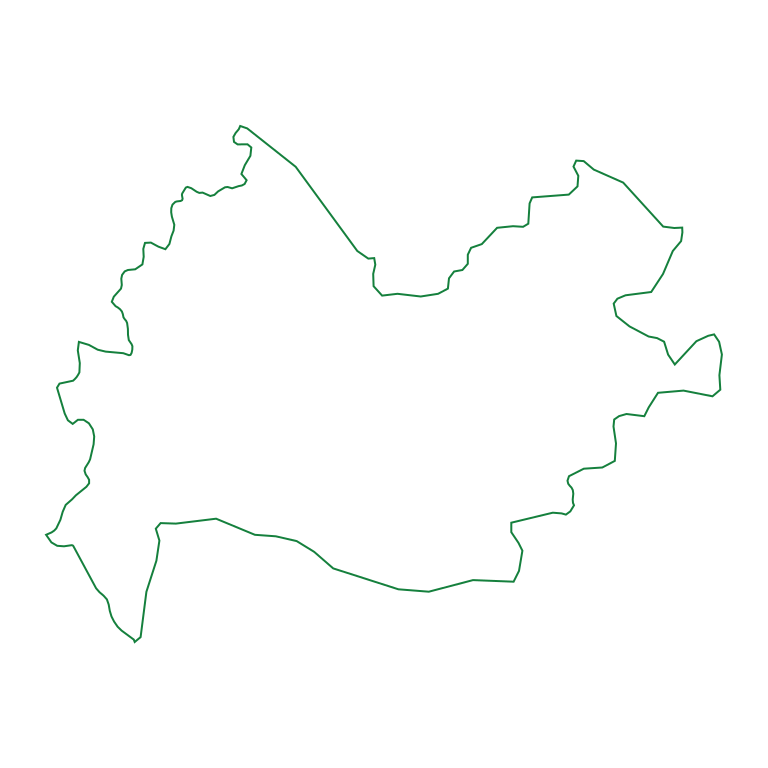 the border of Kermanshah
{"feature_id": "IRN-3239", "entity_name": "Kermanshah", "entity_type": "Province", "adm_level": 1, "iso_a3": "IRN", "parent_name": "Iran", "parent_adm1": "", "projection": "orthographic", "projection_center": [46.364, 34.459], "detail": "fine", "context": "isolated", "style": "outline", "palette": "green", "viewbox_px": 768, "rotation_deg": 0, "n_neighbors": 0, "source": "natural_earth", "source_scale": "10m", "svg_char_len": 3031}
<svg xmlns="http://www.w3.org/2000/svg" viewBox="0 0 768 768"><path d="M237.6,144.4L234.0,141.9L233.4,136.9L235.6,133.0L238.8,129.2L240.2,126.0L247.2,128.4L295.7,166.8L357.3,251.0L368.3,258.6L374.2,258.1L375.3,264.7L373.2,273.9L373.6,286.2L382.1,295.6L397.5,293.8L420.7,296.5L438.1,293.8L447.9,288.6L449.0,278.3L454.1,271.5L462.4,270.0L467.8,263.8L467.8,254.7L471.1,247.8L481.8,244.1L497.1,227.8L513.0,226.2L523.1,226.8L528.3,223.7L529.6,203.4L532.2,197.4L568.8,194.6L577.5,186.4L578.3,175.8L573.5,166.6L576.2,160.6L583.7,161.1L593.8,169.6L623.2,182.6L663.2,226.6L674.3,228.0L682.2,227.6L682.4,232.4L681.1,241.1L672.8,251.0L663.0,274.0L651.2,292.0L625.5,295.3L617.4,298.7L613.7,303.6L616.4,316.0L629.5,326.4L648.6,336.5L657.1,338.1L664.1,341.7L668.1,354.6L674.8,364.5L696.4,341.2L708.2,335.8L714.1,334.4L719.1,341.8L721.9,354.5L719.4,375.2L720.3,389.7L712.5,396.3L683.5,390.6L658.0,392.8L648.7,407.4L644.3,416.2L626.5,414.0L619.1,416.1L614.2,419.5L613.5,426.5L616.0,443.4L614.8,460.9L602.3,467.5L583.8,468.7L569.0,476.2L567.5,480.7L568.2,483.7L569.7,485.7L571.5,487.6L572.8,490.1L573.3,493.7L572.7,499.6L573.0,502.9L574.0,505.3L570.3,511.4L565.9,514.6L561.6,513.4L552.8,512.7L511.3,522.7L511.3,532.2L518.5,542.9L522.4,550.7L519.0,570.9L513.6,581.7L473.0,580.1L428.8,591.7L398.4,589.3L333.2,568.4L314.1,551.8L296.7,541.1L275.8,536.3L254.9,534.8L216.1,518.7L175.9,523.6L160.6,523.1L155.8,528.7L159.4,540.6L156.4,560.7L146.4,591.8L140.6,637.1L134.7,642.0L133.8,639.6L121.6,630.6L117.6,626.7L114.1,621.6L111.5,616.5L109.8,610.9L108.7,604.6L106.9,599.4L103.5,595.6L99.5,592.2L96.1,588.3L73.3,546.0L72.8,545.5L72.3,545.3L71.6,545.2L64.0,546.3L57.2,545.8L51.4,542.4L46.1,534.8L51.6,532.4L54.2,530.6L56.3,528.4L60.4,519.8L62.7,511.8L65.7,504.9L72.0,499.4L75.9,495.3L86.4,486.8L89.1,483.3L89.1,479.8L87.6,477.1L85.7,474.4L84.5,470.8L85.1,468.0L88.8,462.1L90.1,459.3L93.6,444.3L94.2,436.5L92.8,429.4L88.9,423.3L83.6,419.8L77.9,419.8L72.7,423.9L67.9,420.3L64.7,413.5L57.0,387.7L59.5,383.6L73.1,380.7L74.9,379.0L76.6,377.1L78.1,374.8L79.4,372.4L79.8,363.1L77.8,350.4L78.9,341.9L88.9,344.9L97.7,349.7L105.6,351.6L123.3,353.2L129.0,355.2L130.5,354.9L131.6,352.9L132.3,349.6L132.4,346.2L131.6,344.2L128.8,340.1L128.0,334.8L127.9,328.9L127.1,323.0L126.1,320.8L124.8,319.3L123.5,317.4L122.8,314.0L121.9,311.5L120.0,309.2L117.7,307.4L115.6,306.2L111.8,301.8L113.8,296.7L121.0,288.6L121.8,285.0L121.3,278.7L122.1,274.9L124.7,271.4L127.9,270.0L135.2,269.3L142.4,264.4L143.7,256.8L143.3,248.9L145.0,242.9L150.9,242.6L155.5,245.1L158.5,246.7L165.4,249.2L169.4,244.0L171.4,236.3L173.6,230.6L174.3,224.8L171.9,216.7L171.2,212.3L171.3,208.2L172.5,204.6L175.3,201.9L177.0,201.4L180.6,201.0L182.1,200.2L182.6,198.8L181.9,194.9L182.2,193.5L185.8,187.6L187.5,186.9L191.3,188.2L196.7,191.8L199.3,192.9L202.6,192.6L210.3,196.0L214.4,194.9L218.1,191.4L225.0,187.3L227.6,187.0L232.1,188.3L238.7,186.1L241.8,185.5L244.6,184.0L246.6,180.2L241.4,174.0L244.8,165.2L250.4,155.8L251.3,147.5L247.5,144.3L237.6,144.4Z" fill="none" stroke="#15803d" stroke-width="2"/></svg>